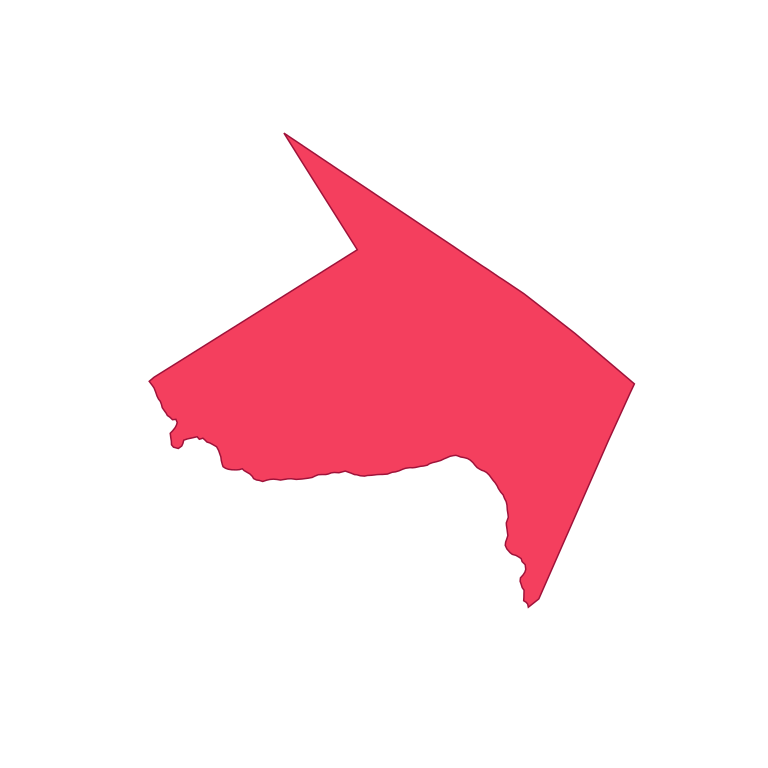 outline of Morros, Maranhão, Brazil, rotated 328°
{"feature_id": "56859067B9052627590224", "entity_name": "Morros", "entity_type": "district", "adm_level": 2, "iso_a3": "BRA", "parent_name": "Brazil", "parent_adm1": "Maranhão", "projection": "albers", "projection_center": [-43.875, -2.966], "detail": "fine", "context": "isolated", "style": "filled", "palette": "rose", "viewbox_px": 768, "rotation_deg": 328, "n_neighbors": 0, "source": "geoboundaries", "source_scale": "gbopen_adm2", "svg_char_len": 2631}
<svg xmlns="http://www.w3.org/2000/svg" viewBox="0 0 768 768"><g transform="rotate(328 384 384)"><path d="M175.4,329.7L179.6,329.4L181.9,327.9L184.4,325.5L188.2,326.4L193.2,328.2L197.6,329.7L198.1,333.0L201.7,334.0L202.5,336.7L203.1,339.4L205.0,341.6L206.6,344.4L208.8,348.5L208.5,352.9L207.8,355.9L207.0,359.4L205.5,362.6L204.4,366.0L203.7,368.8L204.9,371.4L206.7,373.7L209.5,376.1L213.3,378.6L216.0,380.0L218.9,380.8L219.5,383.3L220.9,386.0L222.6,389.2L223.4,392.7L223.3,395.1L225.0,397.8L227.2,399.7L229.5,402.4L233.6,403.4L236.7,404.5L239.8,406.1L242.7,408.3L245.3,410.6L248.2,411.8L252.2,413.5L255.1,415.2L257.1,416.8L259.0,418.4L261.5,419.7L264.1,421.1L266.5,422.2L269.8,423.7L273.6,425.2L276.6,425.5L280.2,426.1L283.6,428.0L286.6,429.9L289.1,430.8L292.2,431.4L295.0,432.7L298.8,435.4L305.0,437.3L308.8,442.1L311.0,445.2L312.9,446.6L315.2,449.2L318.7,451.8L321.5,452.8L324.7,454.6L327.8,456.1L330.0,457.1L332.5,458.5L335.0,460.0L339.2,462.2L344.2,463.2L347.2,464.6L350.8,465.6L354.8,466.2L357.7,466.9L361.7,468.7L363.7,470.1L366.1,471.3L368.6,472.2L371.2,473.1L374.1,474.5L377.7,475.8L380.3,475.7L383.5,476.4L387.3,477.7L391.6,478.9L395.3,479.3L398.2,479.8L401.7,480.3L404.9,481.5L407.2,482.6L408.7,484.3L410.3,486.5L413.0,488.9L415.4,491.5L416.8,494.2L417.8,497.8L418.1,500.8L418.7,504.2L419.8,506.5L421.2,509.0L422.7,510.8L424.1,513.4L425.0,517.1L425.3,521.3L425.5,523.8L425.9,526.3L426.0,530.2L425.6,533.4L425.7,537.5L426.3,541.2L425.6,544.8L425.3,548.5L424.1,551.9L421.8,556.2L420.2,560.0L418.8,562.9L414.1,566.6L412.9,568.8L411.4,572.3L410.1,575.1L408.7,578.2L405.7,580.7L403.4,582.5L401.3,585.1L400.8,589.1L401.6,594.0L402.5,596.4L405.1,599.3L406.6,602.1L407.8,604.7L407.0,607.8L408.0,612.0L406.0,616.3L403.8,618.2L400.8,619.6L397.0,620.7L394.9,623.4L394.3,626.1L393.3,629.9L393.5,633.1L391.1,636.7L389.7,638.9L387.6,641.8L388.9,644.5L389.2,646.9L388.1,649.8L401.4,648.3L456.7,610.6L461.6,607.3L484.6,591.6L544.3,550.9L588.5,521.7L596.4,516.6L592.3,503.6L572.8,442.4L550.6,381.8L540.0,358.1L538.1,354.2L532.8,342.0L530.1,336.3L522.9,320.3L516.7,306.2L483.0,231.4L466.8,195.4L458.7,177.6L432.1,118.2L432.1,148.6L432.1,152.0L432.5,256.0L423.8,256.0L378.9,256.1L373.3,256.1L284.6,256.3L275.8,256.3L210.7,256.4L207.3,256.4L200.7,256.4L196.4,256.4L192.6,256.4L186.3,257.3L186.8,262.9L186.9,265.5L186.1,269.8L185.1,274.1L184.8,277.3L185.1,280.2L184.5,283.2L183.4,286.6L183.6,290.7L183.8,293.3L183.6,295.9L184.8,298.6L185.7,302.2L188.8,303.7L188.2,307.1L186.3,308.8L183.8,310.3L179.9,311.7L176.6,312.5L174.7,316.6L173.4,319.7L171.6,322.9L172.0,326.0L175.4,329.7Z" fill="#f43f5e" stroke="#9f1239" stroke-width="1.5"/></g></svg>